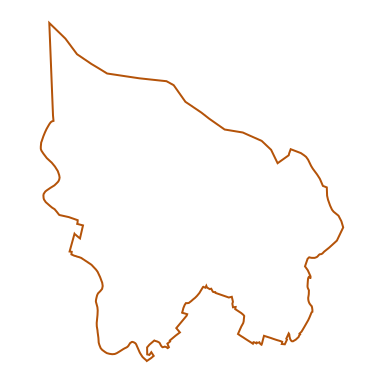 the district of Dan Phuong, Ha Noi, Vietnam
{"feature_id": "81297802B64128830492510", "entity_name": "Dan Phuong", "entity_type": "district", "adm_level": 2, "iso_a3": "VNM", "parent_name": "Vietnam", "parent_adm1": "Ha Noi", "projection": "natural_earth1", "projection_center": [105.68, 21.121], "detail": "fine", "context": "isolated", "style": "outline", "palette": "amber", "viewbox_px": 384, "rotation_deg": 0, "n_neighbors": 0, "source": "geoboundaries", "source_scale": "gbopen_adm2", "svg_char_len": 4376}
<svg xmlns="http://www.w3.org/2000/svg" viewBox="0 0 384 384"><path d="M336.9,240.6L343.2,227.4L341.4,221.3L338.5,215.7L333.6,211.7L332.0,209.7L330.1,205.6L328.0,199.7L327.1,195.7L326.8,187.4L322.9,185.9L320.6,180.5L319.8,178.7L317.1,174.5L312.8,168.7L311.1,165.9L308.1,159.7L306.1,156.9L304.1,155.3L300.9,153.1L296.2,151.3L290.7,149.2L289.2,153.3L288.7,155.3L277.6,163.2L271.1,149.8L261.7,140.9L249.5,135.5L242.8,132.5L224.6,129.5L209.2,118.7L201.4,112.6L185.4,101.8L173.7,85.2L166.5,81.2L158.8,80.4L139.3,78.3L125.8,76.3L116.5,74.9L107.1,73.5L98.5,68.2L91.3,63.9L77.0,54.2L65.4,38.6L49.3,23.0L53.0,115.4L53.5,120.9L51.9,121.4L50.8,122.2L49.7,123.6L48.6,125.4L46.6,128.9L45.0,132.3L43.4,136.2L41.6,141.5L41.2,142.5L40.8,146.7L40.8,148.9L41.4,150.6L43.3,153.5L46.8,158.1L51.0,162.0L51.6,162.5L54.9,166.5L57.8,171.1L59.2,175.2L59.6,177.6L59.2,179.6L58.3,181.5L56.7,183.2L54.4,185.4L50.5,187.8L46.7,190.4L45.3,191.5L43.7,193.9L43.4,195.4L43.6,198.1L44.0,199.5L45.8,202.2L50.0,205.9L52.2,207.7L54.6,209.2L56.7,211.7L59.1,214.8L59.8,215.1L68.8,217.1L77.7,220.2L77.6,221.6L77.6,222.2L77.2,223.9L83.0,225.4L80.4,236.6L80.0,238.4L78.7,237.4L76.2,235.3L75.7,234.8L75.4,234.6L74.8,234.2L74.5,233.8L69.6,251.5L71.7,251.8L71.4,254.4L72.9,255.1L73.6,255.4L74.2,255.7L75.8,256.1L77.1,256.6L79.3,257.2L80.3,257.6L81.4,258.0L82.2,258.6L90.8,264.3L91.7,265.0L93.0,266.4L94.5,268.0L96.0,269.6L97.6,271.8L100.1,277.1L101.5,280.9L102.2,282.7L102.7,286.0L102.1,288.9L100.3,291.1L98.7,292.7L98.0,293.4L97.1,295.3L96.6,297.2L96.1,299.4L95.9,301.0L95.9,301.7L97.4,307.2L97.7,310.4L97.5,314.9L96.7,323.0L96.8,326.3L97.5,330.5L97.6,331.9L98.4,337.9L98.6,341.0L98.7,342.6L99.4,345.0L100.7,348.2L102.2,349.9L104.9,351.9L106.8,353.1L109.4,353.8L112.2,354.2L114.7,354.0L116.7,353.2L119.2,351.7L121.4,350.3L123.1,349.2L124.7,348.3L126.0,347.7L127.4,346.9L128.5,345.7L129.2,344.5L130.3,342.9L130.9,342.6L131.7,342.0L132.4,341.9L133.8,342.3L134.6,342.8L135.3,343.2L136.1,344.2L137.1,346.5L138.3,349.2L139.7,352.4L140.2,353.3L141.2,354.9L142.5,356.9L143.3,357.7L144.5,358.8L145.8,359.9L146.3,360.4L146.8,361.0L151.1,358.1L153.7,355.9L151.3,352.2L149.4,354.9L147.2,354.4L147.1,347.4L149.5,344.6L151.5,342.9L154.3,340.5L154.9,340.8L157.2,341.5L158.3,342.0L159.0,342.4L159.6,342.9L160.3,344.2L161.0,345.6L161.9,346.7L162.5,347.2L163.8,347.0L164.8,346.6L166.1,347.0L167.7,348.1L168.9,347.2L168.0,345.2L167.4,343.6L170.0,341.6L170.2,341.3L169.8,340.5L175.8,335.5L179.9,332.4L176.3,328.1L186.7,315.6L187.2,314.2L184.2,313.3L182.5,312.9L182.1,312.7L182.6,311.1L183.4,308.0L184.7,304.9L185.9,303.1L187.9,303.1L188.9,302.9L189.9,302.1L191.1,301.2L193.0,299.5L195.1,297.8L197.0,295.9L199.4,293.0L200.7,290.8L202.3,288.2L203.0,287.0L203.3,286.8L204.1,287.2L205.4,287.7L206.3,285.8L207.0,287.5L209.7,289.1L211.2,288.7L212.8,291.6L213.3,292.0L214.5,292.1L215.3,292.1L215.4,292.3L215.5,292.9L228.8,297.5L231.8,296.8L232.9,301.5L232.8,302.4L232.4,303.4L232.4,304.0L233.0,307.3L235.6,307.0L235.2,309.1L241.3,313.1L243.4,314.9L244.2,316.0L244.1,317.0L243.8,319.6L243.7,321.2L243.2,323.1L242.2,324.9L241.2,326.7L240.6,328.1L240.2,328.9L238.0,334.0L239.3,334.9L240.5,335.7L241.9,336.6L242.2,336.8L242.6,337.0L244.7,338.4L245.6,339.0L251.4,342.7L252.9,343.7L253.5,342.2L253.9,342.2L256.4,343.3L256.7,342.5L257.6,342.8L258.8,342.6L259.4,342.3L259.9,343.2L260.6,344.2L261.5,344.7L262.0,343.5L262.9,339.9L264.0,335.8L265.2,336.2L270.9,338.0L273.4,338.9L275.8,339.7L277.7,340.3L278.8,340.6L280.1,341.0L280.4,341.1L282.2,341.8L282.0,343.1L282.0,343.8L281.9,344.0L284.8,344.3L285.6,342.6L287.0,339.6L286.3,338.7L288.7,333.4L289.1,334.0L289.3,334.6L289.5,336.5L290.1,338.9L291.0,340.5L291.8,341.2L292.9,341.3L295.7,339.7L298.6,337.0L299.3,335.1L300.1,334.5L299.5,333.6L301.5,331.7L302.7,329.7L304.3,327.0L308.2,320.2L309.5,317.4L311.6,312.3L312.4,311.8L312.4,309.9L312.1,307.7L311.8,306.5L311.8,306.3L311.1,305.6L309.5,303.5L308.7,301.6L308.3,299.8L308.2,297.8L308.6,295.5L308.8,294.1L308.9,290.3L307.9,288.2L307.6,287.2L307.5,286.1L307.6,284.6L307.8,281.5L308.0,279.2L308.2,278.2L308.6,277.3L308.9,276.8L309.4,276.8L310.0,277.7L310.2,278.0L310.4,278.0L310.5,277.7L310.5,276.3L307.8,270.3L305.9,267.6L305.0,266.4L307.6,258.8L309.2,257.3L311.2,257.8L312.9,257.9L314.6,257.9L316.7,257.1L317.5,256.5L319.0,254.8L319.7,254.3L321.3,254.1L322.4,253.5L324.2,251.6L329.2,247.6L336.9,240.6Z" fill="none" stroke="#b45309" stroke-width="2"/></svg>